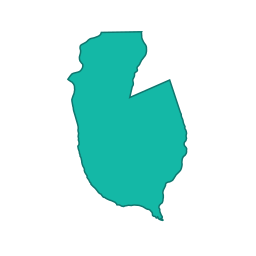 the district of La Pointe, Choiseul, Saint Lucia, rotated 338°
{"feature_id": "8701671B32861116669136", "entity_name": "La Pointe", "entity_type": "district", "adm_level": 2, "iso_a3": "LCA", "parent_name": "Saint Lucia", "parent_adm1": "Choiseul", "projection": "mercator", "projection_center": [-61.064, 13.794], "detail": "fine", "context": "isolated", "style": "filled", "palette": "teal", "viewbox_px": 256, "rotation_deg": 338, "n_neighbors": 0, "source": "geoboundaries", "source_scale": "gbopen_adm2", "svg_char_len": 5127}
<svg xmlns="http://www.w3.org/2000/svg" viewBox="0 0 256 256"><g transform="rotate(338 128 128)"><path d="M90.5,60.3L90.7,60.8L92.5,63.6L93.2,64.3L94.0,66.7L94.1,68.6L93.9,69.5L93.2,71.5L93.1,71.8L93.0,72.4L92.1,73.9L91.8,74.3L91.5,75.0L90.4,76.3L89.1,77.6L87.4,79.6L86.6,80.6L86.1,82.1L85.2,86.3L84.9,88.0L85.0,88.4L84.5,89.7L84.1,91.6L83.6,96.9L83.1,101.7L82.7,105.6L82.3,108.1L81.7,109.8L81.1,110.7L80.6,111.9L80.2,114.5L79.5,115.6L79.1,116.5L78.7,116.8L78.3,118.8L78.1,119.6L77.6,120.2L77.4,121.0L77.5,121.8L77.2,123.0L76.4,125.0L75.4,125.6L74.8,126.0L74.5,126.6L74.4,127.6L74.1,128.7L74.0,131.6L73.5,133.2L73.5,134.8L73.0,136.3L73.3,137.4L73.2,138.6L72.9,140.1L72.8,141.0L72.3,142.6L72.0,144.4L71.9,146.4L72.2,148.3L72.2,149.8L71.8,150.5L71.6,150.9L71.4,152.5L71.7,154.8L72.2,157.0L71.5,158.5L71.9,160.2L72.2,161.2L72.4,164.0L72.9,165.3L72.6,166.3L73.2,167.8L74.0,169.7L74.6,170.7L75.3,172.5L76.1,175.2L76.5,176.9L77.4,178.4L78.1,179.1L79.0,182.4L79.5,183.1L79.9,183.4L80.5,183.7L80.9,184.5L82.0,185.9L83.9,187.9L85.5,189.2L87.3,191.1L88.3,192.2L88.5,192.9L89.0,193.9L89.0,194.4L88.9,194.6L88.9,195.0L89.8,195.5L91.1,196.0L92.0,197.0L92.8,198.0L94.4,199.1L94.9,199.2L95.4,199.0L97.7,199.5L99.6,199.8L102.0,201.1L103.8,201.4L105.1,201.8L107.5,203.0L109.3,203.9L111.4,205.7L112.4,206.6L114.6,209.6L115.6,210.6L116.9,211.4L117.6,212.2L118.7,215.4L118.5,216.7L118.1,217.9L118.1,218.4L118.5,219.1L119.2,219.8L119.9,220.1L120.2,220.5L120.4,221.0L120.4,221.6L120.5,222.0L121.4,222.3L121.5,222.1L121.9,221.7L122.2,221.6L122.2,222.0L122.3,222.8L122.6,224.1L123.6,225.2L124.1,224.6L124.6,225.0L124.7,226.1L125.4,226.6L125.6,226.6L125.8,226.6L125.9,225.8L125.6,225.4L124.9,224.7L125.2,224.3L125.9,224.0L126.2,223.8L126.5,223.3L126.5,223.0L126.4,222.2L126.2,221.2L126.2,220.3L126.2,219.0L126.2,217.8L126.5,216.3L126.9,215.6L127.0,215.2L127.0,214.8L126.9,214.4L126.8,213.7L127.0,212.9L127.5,212.1L128.6,211.2L130.2,210.5L131.3,210.3L132.0,209.8L133.1,208.5L134.0,206.7L134.6,205.9L135.5,203.7L135.6,203.3L135.7,202.7L135.8,202.2L135.8,201.9L135.9,201.5L136.1,201.0L136.3,200.5L136.5,200.2L137.0,199.5L137.3,199.0L137.7,198.7L137.9,198.4L138.3,198.1L138.6,197.8L139.1,197.4L139.5,197.0L139.7,196.9L140.1,196.4L140.4,196.1L140.8,195.8L141.0,195.6L141.2,195.4L141.4,195.0L141.5,194.6L141.7,194.4L142.0,194.0L142.2,193.8L142.6,193.5L142.9,193.3L143.1,193.3L143.5,193.2L143.9,193.2L144.3,193.2L144.7,193.2L145.1,193.2L145.3,193.2L145.8,193.4L146.0,193.4L146.4,193.5L146.7,193.5L147.3,193.5L147.6,193.5L147.8,193.4L148.4,193.4L148.9,193.3L149.7,193.2L150.7,192.6L150.8,192.5L151.4,192.1L152.0,191.7L152.5,191.3L152.8,191.1L153.0,190.9L153.5,190.6L154.0,190.2L154.6,189.8L154.8,189.6L155.4,189.3L155.9,189.1L156.6,188.8L158.3,188.1L159.6,187.5L160.0,187.3L160.3,187.1L160.6,187.0L160.9,186.8L161.2,186.5L161.5,186.3L161.7,186.1L162.0,185.7L162.3,185.4L162.6,185.1L162.9,184.7L163.1,184.2L163.4,183.9L163.9,183.2L164.1,182.7L164.3,182.4L164.5,182.0L164.6,181.6L164.8,181.1L164.9,180.6L165.0,180.2L165.2,179.7L165.6,179.0L166.3,177.7L166.6,177.2L167.1,176.6L167.4,176.3L167.5,176.1L167.9,175.9L168.1,175.7L168.4,175.4L168.7,175.3L168.9,175.2L169.2,175.0L169.5,175.0L169.9,174.9L170.1,174.8L170.5,174.7L171.0,174.4L171.3,174.2L171.6,174.0L171.9,173.8L172.2,173.5L172.5,173.3L172.6,173.2L172.9,172.9L173.0,172.6L173.2,172.3L173.4,172.0L173.5,171.7L173.6,171.4L173.7,171.0L173.9,170.6L174.0,170.4L174.1,170.1L174.6,169.4L174.6,168.3L174.4,167.4L173.8,165.7L173.8,164.4L174.4,163.0L175.4,162.1L176.9,161.4L178.4,159.5L178.7,157.5L179.2,156.5L180.3,154.9L180.7,153.1L180.8,151.5L180.5,149.8L180.6,149.1L181.1,148.6L181.4,147.9L181.3,146.9L181.2,145.4L181.4,143.2L181.7,142.0L181.9,140.1L181.8,138.5L181.9,136.9L182.5,135.1L182.4,133.7L182.4,132.9L184.6,99.1L141.0,100.4L147.3,91.4L149.0,90.0L149.7,88.5L150.0,86.9L150.1,86.6L150.1,86.2L150.3,85.7L150.5,85.2L150.7,84.8L151.0,84.5L151.4,84.2L151.8,83.8L152.2,83.4L152.6,83.1L153.2,82.5L153.5,82.1L153.8,81.5L154.1,80.8L154.3,80.2L154.5,79.8L154.7,79.6L155.1,79.5L155.6,79.2L156.1,79.1L156.8,78.9L157.8,78.6L158.2,78.2L158.4,77.9L158.6,77.2L158.6,76.8L158.7,76.0L158.8,75.7L159.2,75.2L159.5,74.9L160.2,74.5L160.8,74.3L161.2,74.1L161.9,73.7L162.3,73.5L163.0,72.9L163.8,72.1L165.0,71.1L166.0,70.2L167.6,69.3L169.1,68.4L170.7,67.5L171.7,66.7L172.2,66.2L172.7,65.6L173.2,64.8L173.7,64.1L174.0,63.5L174.2,63.0L174.5,62.3L174.8,61.4L175.0,60.9L175.2,60.3L175.4,59.8L175.4,59.5L175.5,58.8L175.4,58.0L175.4,57.5L175.3,57.0L175.1,56.3L174.9,55.6L174.7,54.4L174.6,53.7L174.6,53.3L174.5,52.4L174.5,51.2L174.5,50.8L174.5,50.2L174.6,49.5L174.7,49.1L174.9,48.5L175.1,47.9L175.3,47.5L175.4,47.0L175.6,46.5L175.7,46.0L175.9,45.6L176.1,45.0L176.2,44.5L176.7,43.9L139.1,29.4L138.9,29.7L138.6,29.9L137.6,31.0L136.3,31.5L134.8,31.8L130.4,31.7L126.9,31.1L125.6,31.2L123.6,31.8L122.9,32.2L120.9,32.8L116.2,33.3L114.9,33.7L113.9,34.9L113.3,36.5L113.2,37.8L113.0,38.8L111.9,40.9L110.4,42.8L109.5,44.0L108.8,46.0L108.6,47.8L108.9,48.9L109.2,50.2L109.9,52.0L109.3,53.8L108.0,55.5L105.9,56.9L104.1,57.5L102.3,57.4L99.4,57.0L97.8,56.8L96.2,56.9L94.1,58.0L90.5,60.3Z" fill="#14b8a6" stroke="#0f766e" stroke-width="1.5"/></g></svg>